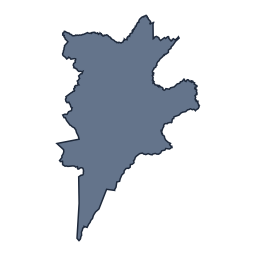 Sullana, Piura, Peru (Mercator projection)
{"feature_id": "86281439B8738296483293", "entity_name": "Sullana", "entity_type": "district", "adm_level": 2, "iso_a3": "PER", "parent_name": "Peru", "parent_adm1": "Piura", "projection": "mercator", "projection_center": [-80.584, -4.688], "detail": "fine", "context": "isolated", "style": "filled", "palette": "slate", "viewbox_px": 256, "rotation_deg": 0, "n_neighbors": 0, "source": "geoboundaries", "source_scale": "gbopen_adm2", "svg_char_len": 5633}
<svg xmlns="http://www.w3.org/2000/svg" viewBox="0 0 256 256"><path d="M183.9,79.1L182.1,81.4L180.4,81.8L180.2,82.6L179.3,83.4L177.2,83.9L174.2,86.9L170.5,87.8L169.4,89.2L165.9,88.6L165.2,89.7L164.2,90.3L162.8,89.4L163.0,88.3L161.9,87.3L161.1,87.2L160.2,86.3L159.7,86.3L159.2,85.5L158.7,85.6L158.7,86.8L157.6,86.0L157.7,85.3L155.0,84.8L154.1,83.0L153.2,83.2L153.4,82.6L153.1,82.3L153.8,81.5L153.1,81.3L153.2,80.4L152.6,80.1L153.0,79.8L152.7,79.3L152.9,78.1L153.2,77.9L152.3,75.7L153.5,74.9L152.6,73.9L152.9,73.2L153.2,73.1L153.4,73.6L153.8,73.1L152.3,72.0L152.6,70.7L153.9,68.9L153.8,68.3L155.8,67.1L156.3,65.4L156.9,65.2L156.7,63.7L157.9,61.5L158.7,61.1L160.0,59.0L162.5,56.8L162.8,56.2L164.1,55.5L164.0,54.9L164.6,55.0L165.1,54.2L166.0,54.1L168.4,52.4L168.4,50.1L170.2,48.7L170.6,48.7L171.1,48.0L171.1,46.9L173.0,45.1L175.5,41.4L179.1,38.1L178.4,36.8L177.7,37.8L175.4,39.8L174.3,39.5L173.5,38.7L172.2,39.5L172.0,40.5L171.1,41.0L168.8,38.3L168.8,37.1L168.3,36.6L167.6,36.7L165.6,38.5L164.5,37.6L160.6,40.5L159.3,39.1L158.8,37.7L156.5,36.4L155.1,36.8L154.1,37.6L153.9,38.4L153.2,38.8L153.0,23.9L153.6,22.4L153.3,22.4L152.6,23.2L151.6,23.1L150.5,23.9L149.9,23.7L150.5,22.3L150.5,21.4L148.4,19.2L148.0,17.9L147.2,17.4L147.2,16.4L146.1,15.4L145.9,15.7L144.0,16.2L143.7,16.9L143.0,16.7L141.7,17.3L139.5,19.4L138.8,21.1L138.8,22.4L137.6,22.5L136.5,24.7L136.2,26.1L135.3,26.2L135.3,27.1L134.6,28.2L134.0,28.5L134.1,29.4L132.8,29.9L133.2,30.9L133.0,31.2L132.2,31.1L132.4,32.7L130.1,33.8L130.1,34.9L129.4,35.5L129.5,36.3L128.8,36.1L127.6,36.9L127.7,37.6L127.2,37.7L126.9,38.3L127.1,39.7L124.8,39.5L124.4,39.1L124.4,40.2L123.6,40.3L123.1,41.8L121.0,43.0L119.1,42.3L118.6,42.7L118.3,42.4L116.8,42.6L116.6,42.1L114.9,41.3L114.1,40.4L111.7,39.1L111.2,38.3L110.8,38.4L110.4,37.3L108.7,36.5L108.2,35.7L106.8,34.8L105.7,35.2L104.4,35.2L104.4,35.5L103.9,35.9L103.0,36.0L102.6,35.2L102.3,35.4L101.4,34.6L101.3,33.7L100.8,33.7L100.1,33.0L100.0,33.6L98.8,33.7L98.3,34.2L97.6,32.9L96.6,33.3L95.8,33.3L94.9,32.4L94.7,32.7L93.6,32.3L91.7,32.6L91.3,32.8L91.5,33.4L91.2,33.5L90.7,33.1L89.9,33.4L88.2,33.1L87.5,32.6L83.6,34.4L82.7,34.4L81.2,35.1L79.4,35.0L78.7,35.4L77.5,35.1L76.7,35.4L75.9,35.0L75.1,35.6L72.9,35.8L72.2,35.6L71.6,34.6L70.0,34.2L69.4,33.3L66.6,32.4L65.1,31.4L64.3,31.3L63.7,32.8L62.8,33.1L62.7,35.1L64.2,35.5L63.9,36.7L65.0,37.9L65.1,38.9L67.9,41.7L67.6,42.3L64.5,45.7L64.6,46.4L64.0,48.1L64.1,49.3L63.4,50.8L63.3,52.3L62.6,53.6L62.7,54.9L63.4,55.8L65.5,57.4L66.7,59.0L67.9,58.3L68.6,57.2L69.7,57.7L70.9,59.2L74.2,58.6L75.6,58.8L75.7,59.8L75.0,60.8L75.3,62.3L73.7,63.5L73.2,65.2L74.1,67.2L73.8,67.7L75.8,68.4L76.0,68.8L77.0,69.2L77.3,70.1L78.7,71.4L80.8,71.3L82.0,71.8L82.8,71.4L82.0,73.7L80.7,73.9L78.6,76.0L79.6,78.5L78.8,79.3L78.3,80.3L77.2,81.0L78.0,82.8L77.7,83.4L78.8,84.8L77.8,84.9L77.0,85.5L75.6,85.5L74.7,86.4L74.6,86.9L75.0,87.6L73.8,88.6L73.9,89.6L74.6,90.6L74.4,91.1L72.8,91.5L72.3,92.2L71.1,92.8L65.9,96.7L66.4,97.9L65.5,99.1L65.9,101.2L67.1,102.7L67.9,102.3L69.0,102.3L69.3,103.6L70.2,104.3L70.8,106.9L72.2,107.8L71.6,108.8L71.7,110.0L71.2,110.7L68.6,111.7L67.0,114.4L64.9,114.2L62.7,115.0L64.1,117.7L65.4,117.7L66.5,120.4L70.1,125.2L71.0,125.5L72.2,126.7L74.6,128.0L74.8,128.7L75.7,129.6L76.5,132.5L78.3,136.1L79.1,139.2L56.9,143.5L63.6,149.7L63.8,151.7L63.2,153.8L61.8,156.0L62.0,157.4L59.6,160.5L60.1,160.9L60.2,161.5L60.9,161.7L62.5,161.3L62.7,163.1L62.5,164.0L63.3,165.3L64.0,165.4L65.0,166.2L66.4,166.0L67.8,166.4L69.3,166.3L72.9,165.9L74.7,166.2L75.7,167.1L77.4,166.6L77.7,167.3L77.5,168.5L78.0,169.1L78.8,169.0L80.4,167.8L81.5,167.7L82.8,168.2L83.2,169.1L83.6,171.2L83.3,172.0L83.4,173.6L82.9,174.8L81.7,175.3L81.2,175.1L78.7,176.8L79.1,203.4L77.0,238.3L79.0,240.6L80.2,239.3L80.7,238.0L80.8,236.6L81.6,235.4L81.4,232.1L82.4,230.0L82.7,228.2L84.0,227.4L84.0,226.4L87.1,227.4L88.6,224.3L90.1,222.3L90.8,220.4L92.5,218.5L93.3,215.7L94.1,214.2L95.6,211.9L98.9,209.0L106.6,189.3L114.6,190.4L114.5,189.9L116.0,187.2L116.8,182.0L119.6,181.3L120.2,178.8L121.8,175.0L124.0,172.9L124.2,170.7L126.0,168.5L127.9,168.2L128.5,168.4L130.1,167.3L130.4,164.5L132.1,164.3L133.8,163.0L134.0,162.4L133.6,160.5L134.5,159.9L135.3,157.4L136.3,156.2L139.7,153.6L142.4,153.1L144.0,154.2L144.8,154.2L145.8,154.6L148.1,153.6L150.3,154.5L152.2,154.8L152.7,154.1L154.4,153.6L155.5,153.5L156.8,154.1L158.6,154.2L160.7,152.8L161.7,150.8L164.9,150.1L165.8,148.5L169.4,149.0L170.7,148.3L171.5,147.3L172.0,147.4L171.8,146.2L171.0,146.2L169.6,144.6L170.5,143.4L168.3,142.4L165.7,140.1L164.6,138.0L164.5,136.8L163.8,135.5L162.5,134.9L162.1,134.1L162.3,133.5L161.7,133.3L161.9,132.1L161.5,132.2L161.2,131.7L161.1,130.3L162.2,130.2L162.6,128.5L163.8,126.5L163.6,125.6L164.4,124.0L165.4,123.6L167.3,123.7L167.8,123.0L170.2,122.4L171.4,122.7L171.8,122.4L172.3,119.3L172.8,118.7L173.7,118.6L174.0,116.8L179.0,115.1L181.0,113.0L182.6,112.2L185.7,111.6L187.6,109.8L188.9,109.6L190.4,108.8L192.4,109.7L193.5,109.3L194.4,109.5L195.4,110.7L195.8,110.1L198.2,108.5L199.1,106.7L198.9,105.6L199.1,105.4L198.6,105.2L198.7,104.7L197.7,103.0L197.9,102.5L197.6,102.1L197.9,101.4L196.6,101.5L196.7,100.9L196.1,100.8L196.3,100.3L195.9,99.8L195.4,99.8L195.1,98.9L195.7,97.5L195.0,95.6L196.0,94.9L196.3,94.2L196.8,94.5L197.1,94.0L196.5,93.5L196.9,92.5L196.3,91.3L196.8,90.0L196.0,89.5L195.9,88.8L195.4,89.1L195.2,88.5L194.8,88.5L195.1,87.2L196.7,86.8L197.1,86.1L196.6,85.4L196.0,85.4L194.9,84.4L194.4,84.4L194.2,83.8L194.6,82.9L193.1,82.1L192.8,81.2L191.7,80.9L192.2,82.0L191.8,82.3L191.4,81.6L190.3,81.7L190.1,81.2L189.1,80.9L188.5,79.9L187.5,79.7L186.5,80.4L186.0,81.5L185.0,81.0L184.3,80.0L184.4,79.3L183.9,79.1Z" fill="#64748b" stroke="#1e293b" stroke-width="1.5"/></svg>